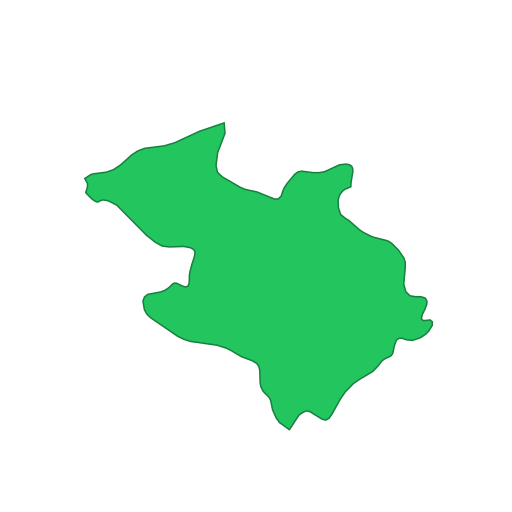 an SVG outline of Bordj Bou Arréridj, rotated 33°
{"feature_id": "DZA-2207", "entity_name": "Bordj Bou Arréridj", "entity_type": "Province", "adm_level": 1, "iso_a3": "DZA", "parent_name": "Algeria", "parent_adm1": "", "projection": "natural_earth1", "projection_center": [4.728, 36.101], "detail": "fine", "context": "isolated", "style": "filled", "palette": "green", "viewbox_px": 512, "rotation_deg": 33, "n_neighbors": 0, "source": "natural_earth", "source_scale": "10m", "svg_char_len": 2178}
<svg xmlns="http://www.w3.org/2000/svg" viewBox="0 0 512 512"><g transform="rotate(33 256 256)"><path d="M297.9,146.3L294.2,151.7L293.2,154.7L292.9,159.3L294.4,164.3L298.9,170.7L304.3,175.0L309.8,175.7L314.5,175.6L328.5,177.7L333.6,177.7L343.2,176.6L358.1,171.6L360.8,171.4L363.1,171.5L372.1,173.4L381.0,177.1L384.6,179.9L387.7,184.8L395.2,199.1L401.0,204.3L406.8,205.5L412.0,203.2L416.5,200.3L420.8,199.1L424.0,200.7L425.6,203.7L426.7,208.8L427.3,214.1L428.6,218.3L431.0,219.2L433.5,217.6L436.8,214.8L439.7,215.1L441.6,218.1L441.8,224.6L440.9,229.2L438.4,235.0L433.2,241.6L427.9,244.3L423.2,245.5L420.6,247.3L419.6,250.3L420.8,255.4L423.8,263.4L423.5,266.5L420.2,271.8L418.8,275.2L418.1,282.7L416.8,289.3L410.0,303.1L407.2,309.9L404.9,321.2L404.7,330.4L405.8,346.7L405.7,352.2L404.0,355.6L400.1,356.9L385.8,357.2L382.4,358.6L379.9,362.9L378.7,366.3L378.6,383.5L366.5,382.9L361.1,380.8L353.7,376.0L346.9,369.1L343.8,367.3L338.9,366.4L335.2,365.4L331.3,363.0L328.6,360.2L321.5,349.9L318.5,347.1L315.1,345.7L309.8,345.9L298.4,348.4L285.8,348.9L281.2,349.5L271.8,352.1L247.4,363.4L240.6,365.2L233.9,366.0L201.6,365.2L196.4,364.3L191.6,361.8L185.7,355.3L184.8,351.1L186.1,347.1L195.6,338.1L198.3,334.4L200.0,330.4L201.5,324.3L202.5,323.0L204.2,322.1L210.6,321.3L214.0,320.2L215.2,318.6L215.0,316.1L213.7,313.4L210.6,308.4L209.1,304.9L206.7,297.7L204.9,290.9L203.9,288.2L202.5,285.6L200.4,284.6L196.7,284.7L190.3,287.3L178.4,295.6L171.8,298.8L163.8,299.3L153.1,298.3L111.6,289.2L101.9,290.2L97.5,292.1L95.3,294.2L94.8,295.8L94.4,296.3L93.3,297.3L90.9,297.7L86.7,297.5L78.9,295.7L78.5,295.3L77.6,291.7L76.6,289.1L75.1,286.9L70.2,284.3L73.1,277.6L75.2,275.4L84.9,267.1L89.4,261.3L92.8,253.4L96.6,239.2L99.5,232.5L104.0,226.3L118.8,213.8L125.9,205.6L140.9,181.8L156.8,161.7L163.2,170.0L167.6,190.3L173.2,201.9L178.0,206.7L184.6,208.0L205.9,206.9L210.8,206.0L222.0,201.7L240.5,198.2L243.6,196.0L244.5,192.1L243.3,187.7L242.5,183.2L242.6,177.8L244.0,166.2L245.5,162.5L248.0,160.0L258.9,154.8L263.9,151.4L267.7,147.8L276.3,134.1L281.1,130.1L284.3,128.6L287.2,128.5L289.4,129.9L291.2,132.4L296.0,143.2L296.6,144.2L297.9,146.3Z" fill="#22c55e" stroke="#15803d" stroke-width="1.5"/></g></svg>